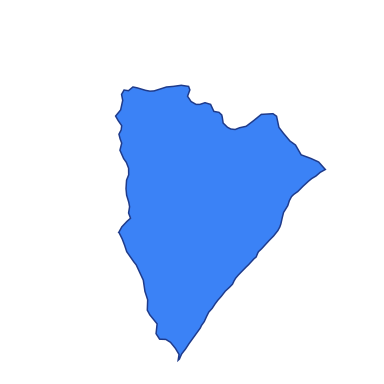 Agios Tychon, Limassol, Cyprus (Albers equal-area conic projection), rotated 321°
{"feature_id": "46923920B2520611836654", "entity_name": "Agios Tychon", "entity_type": "district", "adm_level": 2, "iso_a3": "CYP", "parent_name": "Cyprus", "parent_adm1": "Limassol", "projection": "albers", "projection_center": [33.134, 34.723], "detail": "fine", "context": "isolated", "style": "filled", "palette": "blue", "viewbox_px": 384, "rotation_deg": 321, "n_neighbors": 0, "source": "geoboundaries", "source_scale": "gbopen_adm2", "svg_char_len": 1754}
<svg xmlns="http://www.w3.org/2000/svg" viewBox="0 0 384 384"><g transform="rotate(321 192 192)"><path d="M75.4,314.0L77.1,313.9L79.3,312.7L82.2,311.3L88.3,309.9L94.1,308.0L112.9,302.9L115.3,301.7L120.0,300.4L125.0,297.9L129.4,295.9L134.5,295.1L139.4,293.5L143.7,292.4L149.6,291.4L155.5,290.0L161.6,289.6L165.5,289.1L168.8,287.5L171.8,286.4L175.6,285.7L180.4,285.1L186.5,284.4L190.1,284.1L198.1,282.9L200.9,282.9L204.9,280.7L206.2,280.2L210.4,279.9L221.5,278.2L227.8,277.5L234.5,276.0L238.3,274.4L241.0,272.7L246.3,268.5L250.3,265.5L253.8,264.3L257.8,262.9L262.2,260.0L266.4,258.2L269.5,257.9L274.6,258.2L281.7,257.4L289.3,256.9L293.6,256.9L298.4,257.6L304.0,257.4L309.8,258.4L309.7,256.8L309.3,248.4L305.6,240.9L300.2,231.8L302.0,220.6L300.2,214.1L300.0,203.8L300.2,196.5L305.4,186.3L304.2,182.1L294.7,175.3L284.3,175.3L275.4,175.0L269.4,172.0L264.9,170.6L261.8,167.5L260.3,164.0L259.6,158.0L262.6,152.9L263.6,150.8L263.1,147.1L259.7,143.1L261.6,135.6L258.3,130.8L253.3,128.9L250.3,126.5L248.2,121.1L248.8,114.8L254.6,111.3L255.8,107.8L250.8,102.3L244.0,98.2L238.2,94.3L232.0,91.9L226.2,89.6L222.8,87.2L219.9,83.8L214.9,76.5L212.2,73.2L206.4,73.3L203.5,70.2L203.4,70.0L198.7,71.8L195.8,77.2L188.2,83.3L180.4,84.9L179.6,89.9L179.1,96.2L176.0,99.2L171.6,101.1L169.6,105.4L168.1,109.8L162.3,114.2L159.9,123.0L159.6,127.7L157.7,133.6L153.6,138.8L148.6,141.6L147.4,142.9L142.8,147.9L139.2,153.3L136.4,160.2L134.2,164.2L129.5,168.4L127.7,173.7L122.9,173.9L115.6,174.9L109.7,177.3L109.8,177.4L108.2,184.6L106.1,191.0L103.7,197.3L102.8,210.0L102.8,213.5L98.7,229.8L92.9,239.6L89.7,247.9L82.9,255.7L81.9,260.9L81.9,272.5L74.9,279.5L74.2,286.0L78.9,290.1L80.7,295.3L80.7,303.1L79.7,310.1L75.4,314.0Z" fill="#3b82f6" stroke="#1e3a8a" stroke-width="1.5"/></g></svg>